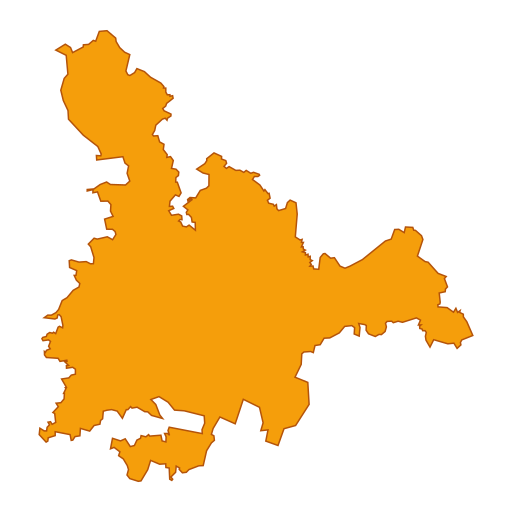 outline of Teloloapan, Guerrero, Mexico
{"feature_id": "50627088B66496365235965", "entity_name": "Teloloapan", "entity_type": "district", "adm_level": 2, "iso_a3": "MEX", "parent_name": "Mexico", "parent_adm1": "Guerrero", "projection": "robinson", "projection_center": [-99.906, 18.387], "detail": "fine", "context": "isolated", "style": "filled", "palette": "amber", "viewbox_px": 512, "rotation_deg": 0, "n_neighbors": 0, "source": "geoboundaries", "source_scale": "gbopen_adm2", "svg_char_len": 5964}
<svg xmlns="http://www.w3.org/2000/svg" viewBox="0 0 512 512"><path d="M70.5,47.5L65.3,44.2L55.8,50.1L66.2,55.3L67.9,74.2L64.2,78.4L60.8,90.2L63.3,100.5L68.0,110.5L68.5,119.2L83.3,135.2L97.8,146.5L101.2,154.0L100.8,155.8L96.4,155.5L96.7,160.0L122.9,156.7L125.0,163.1L128.6,165.9L127.1,173.3L129.8,181.1L125.5,185.0L110.4,184.5L106.6,182.0L100.2,184.5L94.0,188.9L87.2,189.5L87.2,191.0L93.0,189.6L92.9,192.8L97.5,191.9L100.8,201.2L107.9,201.1L110.9,204.6L110.5,211.1L113.1,216.4L104.6,219.1L106.7,229.2L112.5,229.3L115.1,231.5L115.9,234.5L112.6,239.7L107.3,236.8L97.2,239.1L94.1,238.2L88.3,244.1L90.7,246.8L94.0,257.6L93.4,263.7L90.5,263.8L86.2,261.6L79.0,262.1L71.4,259.9L69.2,260.7L69.6,267.5L76.7,270.6L76.0,275.3L74.2,275.4L76.4,280.2L79.8,283.5L79.0,287.0L73.2,290.3L67.0,297.7L62.2,300.5L58.6,309.5L56.0,312.6L51.3,315.2L47.8,315.1L44.2,317.7L54.9,319.0L57.2,318.0L57.7,315.0L59.2,314.6L61.1,316.7L62.9,325.4L62.6,327.8L59.5,326.3L58.1,327.2L55.7,333.6L53.6,332.2L52.5,333.2L49.7,332.5L47.1,334.2L46.3,336.5L42.8,337.4L41.9,338.7L43.0,340.7L48.5,339.9L50.5,341.4L48.6,346.3L50.2,348.8L46.5,350.3L45.4,352.4L44.4,351.5L44.5,354.9L46.4,357.5L58.1,358.3L60.0,361.4L66.8,360.2L67.0,361.4L64.8,361.8L68.5,365.4L66.4,365.7L66.5,368.2L72.7,367.3L75.4,369.2L75.4,374.2L71.3,375.1L68.8,377.9L61.6,379.0L66.4,387.3L65.3,387.7L66.0,388.4L63.6,393.4L64.4,393.4L64.1,398.9L60.9,402.7L56.1,403.2L58.3,406.7L52.9,412.5L54.7,413.5L55.7,422.4L52.1,424.3L50.5,421.7L48.0,422.2L49.5,424.8L47.1,427.3L46.6,430.9L44.2,430.9L39.9,428.2L39.2,434.6L46.1,442.1L47.8,441.1L48.2,437.8L55.2,435.6L55.2,431.7L70.1,434.6L71.2,440.4L72.8,440.1L75.0,436.6L79.9,435.8L80.4,428.4L89.7,431.1L94.1,425.5L99.9,424.2L100.6,420.4L102.6,418.8L103.3,411.2L107.0,410.2L111.6,409.6L117.2,411.1L122.4,418.3L126.3,409.6L127.8,409.7L130.6,406.6L132.0,408.1L137.1,407.2L144.8,411.7L147.7,411.8L151.5,415.4L162.6,418.5L159.8,415.0L155.8,404.5L150.9,399.5L159.0,396.6L168.1,402.2L174.5,410.1L184.2,410.8L204.2,415.8L204.7,423.2L202.0,429.7L202.3,433.6L169.2,427.2L168.0,430.5L169.5,435.3L167.7,433.5L164.6,433.5L166.1,436.8L165.9,441.9L162.1,440.9L160.9,435.2L149.7,436.1L148.6,434.6L145.9,436.8L141.1,435.6L140.5,438.3L136.9,440.1L134.4,445.5L130.3,446.6L125.2,438.8L120.5,440.9L112.5,438.3L110.5,448.8L114.1,447.4L119.9,451.8L118.6,455.7L123.3,458.9L127.3,465.6L128.5,469.6L127.0,475.0L129.8,478.6L138.3,481.3L141.0,480.9L147.7,469.7L150.6,460.4L159.6,464.2L165.7,463.8L165.9,467.5L169.2,468.0L169.7,479.2L171.8,480.4L172.7,479.2L170.9,477.0L175.6,472.3L176.2,466.1L179.6,468.0L179.2,469.4L182.4,472.8L186.3,472.3L188.9,469.6L198.8,465.8L203.2,465.6L206.6,450.7L211.4,442.9L214.4,440.3L213.9,435.8L211.4,434.4L213.1,428.5L219.9,417.0L235.2,423.8L243.3,399.3L259.5,407.3L263.1,422.8L260.8,430.7L268.0,429.9L265.8,441.1L278.0,445.5L284.0,428.7L295.6,425.5L309.1,404.4L307.8,382.4L295.0,377.2L301.2,364.4L301.8,353.8L303.9,352.0L310.6,351.5L313.3,352.6L315.0,345.5L320.2,344.7L324.1,338.2L329.8,337.9L339.3,332.9L344.7,326.4L351.8,325.6L354.6,327.6L354.2,334.0L359.2,336.1L360.0,327.5L358.7,323.5L364.8,324.6L366.3,325.5L366.1,330.2L368.5,333.8L375.3,336.5L379.0,334.4L381.4,334.6L385.1,331.5L386.4,326.9L385.5,323.2L387.1,321.4L391.7,321.2L393.3,322.7L398.1,321.2L402.5,322.3L416.4,317.9L420.5,320.1L418.4,325.0L421.0,324.9L419.6,326.2L419.8,328.5L422.0,329.0L422.7,330.7L425.1,330.7L426.3,332.5L425.4,336.3L426.0,340.2L430.0,347.1L433.7,339.7L447.8,343.8L453.9,343.2L457.1,348.4L460.9,344.9L460.4,342.5L461.8,339.9L472.8,335.5L466.8,321.7L463.4,316.9L463.3,314.2L459.6,312.4L460.1,310.6L457.6,312.4L455.9,308.3L453.5,312.2L447.1,307.6L438.0,306.9L437.8,304.8L439.9,303.9L440.2,302.2L439.2,293.0L445.2,291.7L445.5,289.0L447.5,286.9L444.4,278.6L446.2,276.5L438.1,273.4L428.1,262.2L425.1,261.6L417.4,256.1L422.9,239.5L421.5,235.7L415.5,230.4L413.7,230.2L412.8,227.4L405.5,227.0L404.2,232.6L398.8,229.3L394.7,229.5L391.2,239.1L385.4,241.0L362.4,259.6L349.9,266.2L345.0,268.2L340.0,266.1L334.4,257.7L330.6,258.2L325.0,253.5L323.3,253.8L320.2,257.5L318.7,269.3L313.7,268.9L313.0,266.0L309.9,266.2L311.3,264.4L309.8,262.5L312.3,260.6L310.2,259.6L310.2,256.3L308.2,256.9L308.0,254.2L305.4,255.0L305.4,252.6L302.4,251.8L305.3,250.1L303.4,249.2L303.1,246.7L301.4,246.9L303.4,242.4L301.4,242.4L302.1,239.4L300.1,240.0L295.3,236.9L297.2,214.1L296.0,202.8L290.1,200.1L287.4,202.6L285.6,208.5L278.6,210.6L276.9,208.8L276.4,204.6L274.2,206.1L273.3,204.3L268.7,203.2L267.4,200.3L270.1,198.2L269.1,193.3L268.0,193.6L264.9,189.6L263.9,191.0L259.9,185.0L252.5,179.5L254.4,176.5L257.9,176.5L259.6,175.3L259.2,174.3L253.5,172.3L250.8,173.3L246.2,170.4L243.8,172.4L239.9,170.2L235.8,170.4L229.1,166.6L226.4,168.4L224.0,166.4L226.6,163.3L225.8,160.6L221.5,159.0L221.6,156.4L214.0,152.9L206.7,158.7L206.8,160.6L204.8,163.7L196.7,169.1L203.0,173.0L209.0,174.5L208.9,185.8L206.4,188.2L200.3,190.4L195.7,197.9L190.0,197.5L187.6,199.5L187.9,200.9L191.2,198.4L192.0,199.7L183.4,206.3L187.9,209.9L186.3,212.3L186.8,214.5L188.6,214.4L191.4,217.4L192.1,222.0L195.2,222.4L195.4,230.2L189.1,225.1L186.4,226.9L182.6,226.1L180.7,222.0L178.6,221.0L180.0,219.5L182.0,219.7L181.7,215.9L178.5,214.2L171.5,215.3L168.7,210.7L173.8,208.5L172.6,206.2L169.4,206.4L170.0,201.2L175.4,194.9L179.0,196.4L181.1,192.9L177.3,182.2L175.7,182.1L175.9,177.5L178.4,175.6L178.8,172.1L176.0,169.2L171.5,168.4L173.3,160.5L170.5,156.6L166.8,157.4L167.2,154.6L163.3,149.6L164.0,144.3L159.6,141.9L157.8,135.7L153.5,136.0L152.4,134.5L154.7,130.5L155.8,125.2L162.3,119.2L165.2,118.2L167.0,120.2L167.5,118.2L170.9,116.0L171.0,114.1L164.1,110.8L162.7,108.5L165.7,106.1L166.6,103.4L173.1,98.3L172.6,95.7L170.0,96.3L169.9,94.7L167.3,94.8L165.8,92.1L165.8,88.1L163.5,88.0L163.9,86.6L160.9,83.1L150.5,77.2L144.4,71.6L136.9,68.6L134.6,72.6L129.9,75.5L127.8,74.7L125.9,71.0L129.8,54.6L124.6,52.2L119.7,47.6L116.1,41.5L115.7,38.1L107.0,30.7L99.3,31.4L95.7,41.2L93.3,40.4L88.6,44.4L83.4,44.8L83.2,47.0L72.6,52.6L70.5,47.5Z" fill="#f59e0b" stroke="#b45309" stroke-width="1.5"/></svg>